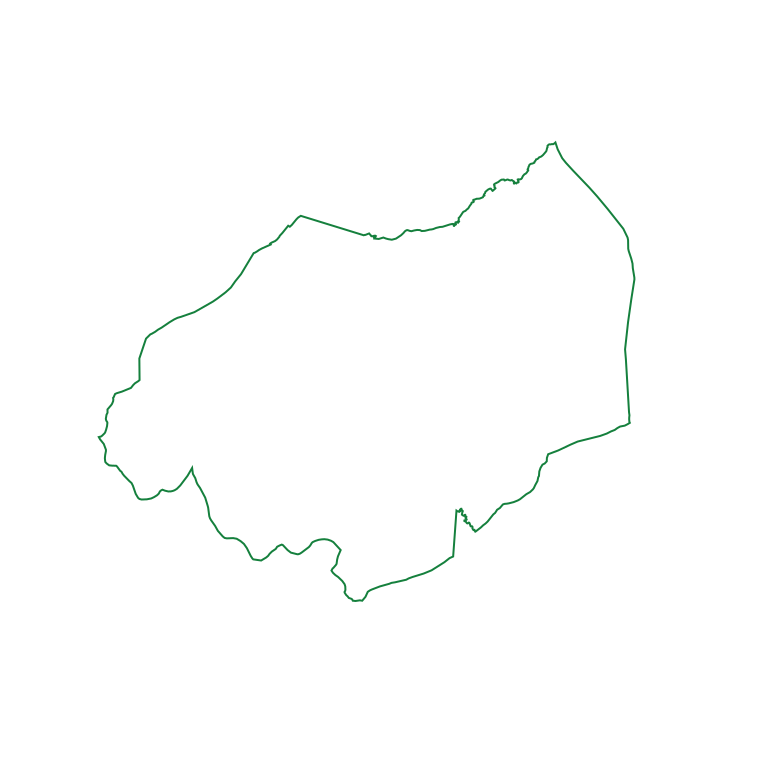 outline of Bua Lai, Nakhon Ratchasima, Thailand, rotated 333°
{"feature_id": "78962969B37861648754674", "entity_name": "Bua Lai", "entity_type": "district", "adm_level": 2, "iso_a3": "THA", "parent_name": "Thailand", "parent_adm1": "Nakhon Ratchasima", "projection": "mercator", "projection_center": [102.534, 15.669], "detail": "fine", "context": "isolated", "style": "outline", "palette": "green", "viewbox_px": 768, "rotation_deg": 333, "n_neighbors": 0, "source": "geoboundaries", "source_scale": "gbopen_adm2", "svg_char_len": 6166}
<svg xmlns="http://www.w3.org/2000/svg" viewBox="0 0 768 768"><g transform="rotate(333 384 384)"><path d="M646.4,246.6L644.5,247.1L643.5,247.1L642.6,246.5L641.1,246.1L640.1,245.5L639.2,245.5L637.7,246.1L637.3,247.2L636.4,247.8L635.1,249.4L634.2,250.3L629.6,252.2L627.4,252.7L625.0,252.5L624.2,252.9L622.8,253.2L621.5,252.9L620.6,253.7L619.0,254.3L618.6,255.0L618.2,255.1L616.6,255.0L614.8,254.5L613.6,254.6L613.0,254.8L612.4,255.4L611.4,256.1L610.4,257.3L609.4,257.9L609.3,258.2L609.6,258.9L609.4,259.3L608.5,259.6L607.4,260.3L605.8,260.9L604.3,260.9L603.3,261.3L602.1,261.8L600.2,263.3L599.3,263.6L597.8,263.4L596.5,262.5L596.0,262.5L595.7,264.9L595.5,265.3L595.2,265.4L594.3,264.9L593.1,265.4L592.3,264.5L590.9,264.5L590.8,264.2L591.2,263.4L591.9,263.3L591.9,263.0L591.6,262.2L591.0,261.4L590.5,260.3L589.0,260.0L587.9,259.0L587.4,258.3L586.7,257.8L584.0,257.5L583.8,257.3L583.8,256.5L583.6,256.2L581.4,255.3L579.2,255.5L577.8,255.9L573.5,255.9L573.0,256.0L572.4,256.5L572.5,257.8L571.8,258.5L571.8,259.0L572.2,259.9L572.1,260.3L568.7,261.2L568.4,261.2L568.3,260.9L567.9,258.5L567.5,258.2L566.7,258.0L565.0,258.0L561.6,258.8L560.6,259.9L559.7,260.2L558.8,260.8L558.6,261.1L559.0,261.4L559.0,261.7L557.7,261.8L556.9,262.5L554.2,262.3L553.0,262.1L550.6,261.0L549.1,260.9L547.2,260.5L546.9,260.8L546.9,262.0L546.6,262.4L545.8,262.5L545.0,262.2L544.3,262.3L543.6,263.1L541.5,264.1L538.7,265.8L537.0,266.1L535.2,266.7L533.0,266.6L532.3,266.8L528.6,268.9L527.0,269.7L525.9,270.0L525.2,271.6L524.4,272.4L524.4,272.6L524.7,273.2L524.3,273.5L523.2,273.9L523.1,273.6L523.3,273.0L523.2,272.8L522.7,272.8L522.0,273.0L521.4,272.5L521.0,272.5L520.8,272.9L520.5,274.5L519.1,274.6L518.3,275.0L518.0,274.8L518.0,274.4L518.7,273.7L518.8,273.2L517.4,272.3L517.0,272.3L515.4,271.8L507.5,270.5L505.1,269.5L501.3,268.6L498.1,268.3L496.0,267.7L495.2,267.3L490.0,266.1L487.0,264.8L485.9,263.2L483.5,261.8L480.6,260.9L477.8,260.3L476.6,259.4L474.9,257.6L473.8,257.2L472.0,257.4L469.9,258.3L466.8,259.2L460.7,259.9L456.5,259.0L453.6,256.9L451.7,255.2L449.9,253.2L445.2,252.4L441.6,250.1L443.9,248.5L443.4,247.8L441.7,248.3L441.9,247.3L440.4,247.0L439.8,246.5L439.9,246.0L439.5,244.9L439.1,243.1L435.0,242.7L434.5,242.4L433.5,242.3L386.2,196.4L383.1,196.7L380.7,197.5L374.1,200.4L371.5,201.1L370.5,199.5L362.0,203.3L358.4,204.6L357.6,205.3L355.7,206.1L354.3,206.7L351.9,207.2L348.1,207.0L346.3,207.2L346.4,208.3L336.7,207.8L333.3,207.9L331.5,208.2L328.6,208.4L327.3,208.2L306.5,221.2L298.0,225.0L291.4,228.5L284.4,230.4L274.3,232.2L268.9,232.9L247.7,233.9L233.7,232.0L230.1,231.3L226.4,231.2L220.9,231.6L211.5,232.8L207.3,233.0L203.8,233.6L200.0,233.8L198.3,233.7L192.6,235.5L177.6,250.2L168.0,269.5L166.4,269.9L162.4,270.3L160.0,271.1L156.8,272.6L147.0,271.8L141.9,270.9L139.9,270.8L138.1,272.2L137.7,272.7L136.3,273.4L135.9,274.7L134.9,276.3L132.7,278.2L131.2,279.0L126.1,281.1L124.6,284.1L122.8,285.4L120.3,288.8L119.9,290.5L120.1,292.5L119.8,293.2L118.1,295.8L115.6,298.6L113.5,300.6L112.5,301.1L109.3,302.1L108.1,302.3L105.8,301.8L105.9,304.5L107.1,310.2L106.4,316.3L105.8,317.5L103.4,320.6L101.6,323.4L100.6,326.0L100.3,327.0L100.8,328.9L102.2,331.7L104.5,333.2L108.3,335.3L108.7,336.4L109.5,341.5L110.2,342.9L110.3,343.8L110.3,345.1L110.8,347.7L113.0,354.8L114.1,357.6L114.1,360.6L112.9,369.2L113.2,373.8L113.9,375.4L115.6,376.9L120.4,379.1L124.6,380.3L127.7,380.4L131.3,380.1L133.6,379.4L135.5,378.0L137.1,377.6L138.6,377.6L140.4,379.6L143.0,381.8L145.3,382.9L147.3,383.4L149.2,383.6L151.8,383.4L156.4,381.9L167.3,376.6L174.9,371.7L173.1,376.8L172.9,377.7L173.1,382.2L172.4,386.4L172.3,388.8L172.9,393.1L173.1,404.1L171.6,412.5L171.2,414.3L168.3,422.5L168.0,424.6L168.1,426.9L169.1,433.8L169.3,439.4L171.1,446.5L172.1,448.8L173.9,450.2L179.6,452.8L182.5,455.0L184.9,458.9L186.6,462.9L187.3,468.0L187.2,476.6L187.5,479.7L187.9,480.9L194.4,485.5L200.3,485.1L202.8,484.5L204.9,483.4L208.0,482.4L212.7,481.8L214.9,480.5L217.8,480.5L220.0,480.7L220.8,481.7L222.7,488.2L224.5,492.0L229.3,496.2L230.1,496.7L231.9,497.0L234.0,496.8L243.0,495.2L245.0,494.4L247.4,492.9L248.6,492.5L251.4,492.6L255.1,493.2L258.1,494.2L260.4,495.2L263.2,497.1L265.6,499.6L267.1,501.9L270.0,512.3L264.7,516.7L262.6,519.1L260.1,522.7L259.2,523.3L255.3,524.9L254.5,525.0L252.5,526.4L252.8,529.0L253.9,532.1L255.5,535.1L257.4,540.6L258.0,544.5L257.6,546.8L256.2,549.8L255.5,550.7L254.5,551.3L254.2,552.0L254.5,554.9L255.2,556.8L255.5,558.6L257.6,560.8L257.9,562.0L257.8,562.9L260.1,564.4L264.3,565.8L266.2,567.2L270.9,565.2L275.2,561.8L277.9,561.5L280.0,561.6L288.5,562.5L297.9,564.4L300.4,564.6L303.8,565.7L315.0,568.5L317.6,568.4L321.8,568.9L333.3,570.9L341.8,571.6L356.9,570.2L363.4,568.9L367.3,569.1L391.1,529.7L391.7,530.9L392.7,531.2L392.8,531.9L393.0,532.1L394.8,531.8L394.8,531.5L394.5,530.8L394.6,530.5L395.8,530.1L396.3,530.3L396.1,531.6L396.5,533.0L395.1,534.4L394.1,535.8L394.9,537.3L395.4,537.8L395.9,537.9L396.5,537.3L396.9,537.4L397.0,537.8L396.4,538.7L397.1,539.7L396.8,540.1L396.0,540.2L395.8,540.3L396.2,541.9L396.1,542.3L395.3,542.5L393.8,542.0L393.5,542.3L393.4,542.7L394.4,543.7L394.6,545.4L394.9,546.0L395.4,546.2L396.7,546.0L397.0,546.4L397.0,547.3L396.6,550.0L396.8,550.3L397.8,550.7L398.0,551.3L397.8,551.9L397.2,552.9L397.3,554.4L397.4,554.7L398.1,554.8L398.4,555.0L398.2,556.0L398.3,557.0L398.8,557.0L405.2,555.8L408.2,554.9L411.2,554.4L413.9,553.6L422.2,549.8L424.5,549.3L427.7,547.4L430.9,547.1L435.2,545.3L436.9,545.5L439.1,546.4L441.0,547.0L445.9,548.1L450.3,548.5L452.9,548.4L460.8,546.8L465.1,546.6L468.8,545.5L470.2,544.8L472.9,542.7L476.7,540.1L479.1,537.1L480.3,536.3L482.7,532.4L485.4,529.8L488.6,527.8L491.1,527.8L493.9,526.8L495.6,523.8L498.4,521.1L509.0,522.3L522.6,522.7L530.4,523.2L553.0,528.4L560.0,529.3L564.7,529.3L568.7,529.7L572.0,529.2L575.1,529.1L579.6,530.4L582.8,530.4L585.4,530.2L585.5,529.0L586.4,526.8L587.2,525.3L588.5,523.3L589.5,520.4L610.7,471.9L614.5,462.6L629.6,439.6L642.8,420.8L654.6,404.5L655.4,402.8L658.3,393.7L660.1,389.5L661.2,384.6L662.4,376.7L663.0,374.4L666.8,366.6L667.5,364.1L667.7,354.3L662.7,329.4L659.1,313.6L656.1,302.2L649.4,279.9L646.5,269.5L645.3,263.7L645.3,253.7L646.4,246.6Z" fill="none" stroke="#15803d" stroke-width="2"/></g></svg>